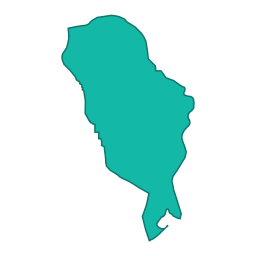 the district of Kotawaringin Timur, Kalimantan Tengah, Indonesia
{"feature_id": "22746128B94284518008212", "entity_name": "Kotawaringin Timur", "entity_type": "district", "adm_level": 2, "iso_a3": "IDN", "parent_name": "Indonesia", "parent_adm1": "Kalimantan Tengah", "projection": "orthographic", "projection_center": [112.934, -2.23], "detail": "fine", "context": "isolated", "style": "filled", "palette": "teal", "viewbox_px": 256, "rotation_deg": 0, "n_neighbors": 0, "source": "geoboundaries", "source_scale": "gbopen_adm2", "svg_char_len": 4388}
<svg xmlns="http://www.w3.org/2000/svg" viewBox="0 0 256 256"><path d="M68.2,28.3L68.6,33.0L68.7,34.0L68.7,39.0L68.0,42.4L67.9,43.4L66.5,48.1L62.9,53.4L62.0,56.2L62.2,59.4L64.0,64.3L69.7,69.9L74.4,75.6L75.2,76.7L75.9,78.0L76.3,79.7L77.7,80.7L79.5,81.9L79.8,82.5L79.7,83.5L80.3,84.1L81.2,84.3L81.6,84.6L82.1,86.8L81.9,87.3L82.7,87.9L82.7,88.5L82.3,89.2L82.7,90.0L83.6,90.6L83.9,91.5L84.3,93.9L85.3,100.2L85.3,101.1L85.4,102.3L85.3,104.8L85.3,107.8L85.2,110.5L85.2,112.0L85.2,113.4L89.2,120.7L89.4,121.1L89.9,121.1L89.9,121.6L90.6,122.4L90.6,122.7L90.7,122.8L91.5,122.8L92.4,123.4L92.8,123.5L93.0,124.0L94.9,124.4L94.9,132.1L98.7,132.1L98.7,138.7L101.0,138.7L101.7,141.8L101.6,145.5L103.5,146.3L104.3,147.0L104.5,148.9L104.6,150.0L105.2,154.7L105.5,157.3L105.7,159.8L105.9,163.1L106.6,166.2L106.9,166.5L109.9,170.0L112.3,171.5L117.2,174.6L120.4,177.3L124.3,179.2L125.6,179.8L129.2,181.5L134.1,184.4L136.8,186.2L139.4,187.9L140.1,188.2L149.0,193.4L146.5,204.9L146.1,206.0L145.9,206.7L143.6,213.1L143.0,214.9L142.6,215.7L142.4,216.4L144.9,226.7L145.7,229.8L147.1,233.9L149.3,240.6L149.8,240.3L150.0,240.3L150.0,240.2L150.4,240.0L150.5,240.0L150.6,239.9L150.8,239.8L150.8,239.7L151.1,239.6L151.3,239.5L151.7,239.4L151.9,239.3L152.2,239.2L152.7,238.9L153.3,238.6L153.9,238.2L154.0,238.1L154.3,237.9L154.6,237.8L154.7,237.7L155.2,237.3L155.4,237.1L156.0,236.7L156.6,236.2L157.3,235.6L157.8,235.1L158.0,235.0L158.4,234.6L159.4,233.8L160.0,233.2L160.3,233.0L160.3,232.8L160.8,232.3L161.6,231.6L162.5,230.7L162.9,230.4L163.0,230.3L163.1,230.2L164.1,229.2L164.7,228.6L164.8,228.6L165.4,228.0L166.8,226.7L167.4,226.2L167.6,225.9L167.4,225.8L167.3,225.7L167.2,225.8L167.0,226.1L167.2,225.9L167.3,225.9L167.4,226.0L167.2,226.2L167.1,226.3L166.5,226.9L166.0,227.4L165.3,228.1L164.8,228.5L164.7,228.6L164.4,228.7L164.2,228.7L164.1,228.8L164.0,228.7L163.0,228.8L162.9,228.8L162.7,228.8L162.1,228.7L161.9,228.7L161.4,228.6L161.1,228.5L160.5,228.3L159.7,227.9L159.4,227.7L159.1,227.5L158.8,227.4L158.4,227.0L158.2,226.9L157.7,226.4L157.5,226.2L157.4,226.0L157.2,225.7L157.0,225.1L156.8,224.8L156.8,224.6L156.8,223.9L156.9,223.6L157.0,223.4L157.1,223.1L157.1,222.9L157.3,222.8L157.6,222.5L157.8,222.1L158.3,221.3L158.4,221.2L158.5,220.9L158.8,220.7L159.6,219.7L160.1,219.0L160.6,218.3L160.9,217.9L161.1,217.7L161.3,217.2L161.5,216.9L161.8,217.0L162.0,217.0L162.2,216.9L162.3,216.9L162.6,216.8L162.6,216.7L162.8,216.4L163.0,216.4L163.4,216.3L163.8,215.9L164.2,215.5L164.3,215.4L164.6,215.0L164.6,214.8L164.7,214.7L164.9,214.5L165.0,214.3L165.0,214.2L165.2,213.8L165.5,212.8L165.6,212.2L165.9,211.4L166.1,210.7L166.3,210.1L166.6,209.2L168.0,209.1L168.2,209.3L168.3,209.4L168.2,209.5L168.3,209.6L168.5,209.8L168.8,210.0L168.9,210.3L169.0,210.4L168.9,210.5L169.0,210.6L169.1,210.8L169.1,211.0L169.1,211.3L169.1,211.8L169.2,212.2L169.3,212.4L169.4,212.5L169.6,212.8L169.8,213.0L170.0,213.1L170.3,213.3L170.5,213.4L171.1,213.7L171.4,213.9L171.6,214.1L171.8,214.2L172.0,214.2L172.0,214.3L172.2,214.6L172.3,214.7L172.4,215.0L172.6,215.4L172.6,215.5L172.6,215.4L173.3,215.9L173.6,216.1L174.4,216.5L175.0,216.8L175.5,217.0L176.6,217.6L176.9,217.7L177.1,217.8L177.3,217.8L177.5,218.0L177.8,218.2L178.3,218.3L178.6,218.3L178.8,218.3L179.0,218.3L179.3,218.5L179.8,218.6L180.1,218.7L181.2,213.8L178.3,204.4L174.2,191.5L173.7,190.1L173.2,187.2L172.2,182.6L171.8,181.0L172.0,180.1L173.0,176.2L174.7,173.8L177.2,170.2L178.0,168.9L185.1,157.3L185.2,156.6L186.2,152.1L186.2,151.9L184.2,145.2L182.8,141.8L182.8,141.6L182.1,139.1L181.9,138.5L181.8,138.0L182.1,134.5L182.2,134.4L183.8,131.2L184.4,130.0L185.8,128.6L186.1,128.2L186.6,127.7L187.7,126.5L188.3,126.0L189.1,125.1L189.9,123.3L189.7,120.8L188.6,118.8L188.0,116.4L188.2,114.2L189.6,112.3L190.8,111.3L191.6,110.8L193.7,107.9L193.8,105.2L194.0,102.9L193.7,101.2L193.5,99.4L192.6,97.7L191.3,96.9L190.6,96.5L187.5,96.1L184.4,95.0L184.3,94.8L183.8,93.9L183.9,92.4L184.8,90.8L184.9,90.5L184.9,88.1L184.3,87.3L183.3,87.0L181.7,86.1L180.3,85.4L178.6,84.1L177.7,83.5L173.6,80.6L166.0,77.8L161.0,70.9L155.6,70.8L155.6,68.5L155.6,67.8L155.3,67.8L155.3,65.9L148.2,58.8L147.3,49.6L147.2,49.5L146.2,43.8L146.0,42.5L145.8,41.2L143.6,36.6L143.2,36.0L141.5,33.5L135.2,27.1L127.0,22.0L124.7,19.2L119.2,16.7L115.0,15.8L111.2,15.4L97.1,17.5L95.5,18.5L92.1,20.5L90.5,21.9L88.7,24.0L85.8,25.3L84.2,25.5L77.5,26.4L69.6,28.0L68.2,28.3Z" fill="#14b8a6" stroke="#0f766e" stroke-width="1.5"/></svg>